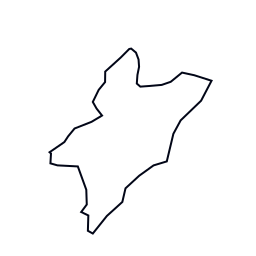 Grästorp, Västra Götaland, Sweden, rotated 142°
{"feature_id": "70781695B12491812596610", "entity_name": "Grästorp", "entity_type": "district", "adm_level": 2, "iso_a3": "SWE", "parent_name": "Sweden", "parent_adm1": "Västra Götaland", "projection": "natural_earth1", "projection_center": [12.708, 58.339], "detail": "fine", "context": "isolated", "style": "outline", "palette": "ink", "viewbox_px": 256, "rotation_deg": 142, "n_neighbors": 0, "source": "geoboundaries", "source_scale": "gbopen_adm2", "svg_char_len": 699}
<svg xmlns="http://www.w3.org/2000/svg" viewBox="0 0 256 256"><g transform="rotate(142 128 128)"><path d="M216.6,90.6L213.1,83.5L222.9,71.7L220.7,66.5L198.8,71.7L178.0,73.2L167.1,82.0L148.5,83.5L130.9,82.8L118.0,77.8L95.8,95.5L81.8,101.6L53.6,104.5L33.1,113.8L43.3,128.8L51.3,138.4L65.9,138.1L74.9,141.2L85.2,147.9L92.8,153.0L93.7,157.6L87.9,164.0L81.6,169.4L77.5,175.5L75.3,182.5L76.6,188.6L78.4,189.5L90.4,188.0L111.2,186.5L117.8,178.3L127.6,176.1L139.7,170.2L140.8,162.7L140.8,153.8L152.9,155.3L170.4,160.5L180.3,158.3L186.8,156.1L204.7,157.2L204.4,155.3L210.9,147.9L206.6,142.0L198.9,135.3L191.2,128.6L198.9,105.0L207.6,93.1L216.6,90.6Z" fill="none" stroke="#020617" stroke-width="2"/></g></svg>